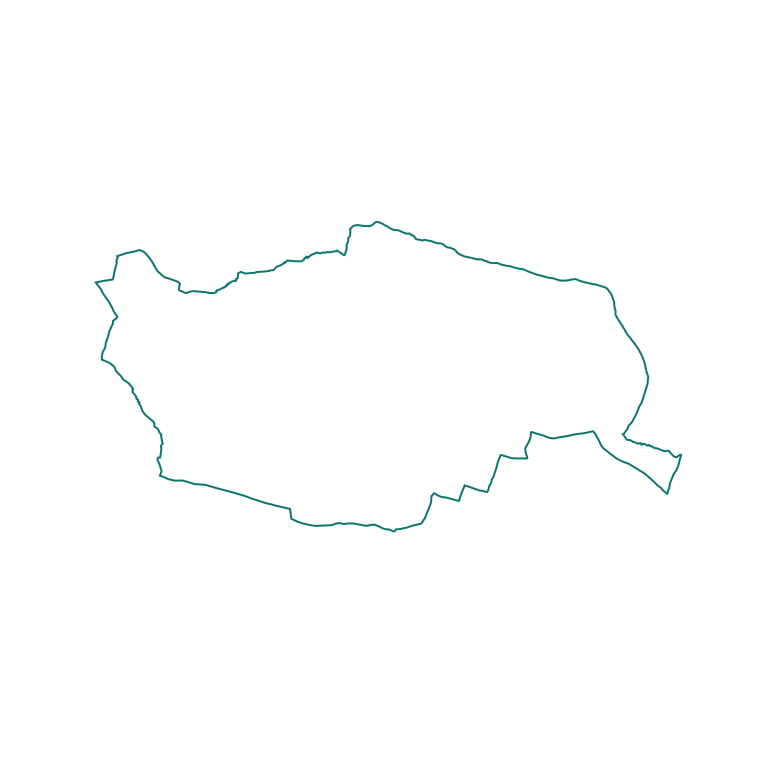 Meru, Arusha, United Republic of Tanzania, rotated 107°
{"feature_id": "72390352B99598192663387", "entity_name": "Meru", "entity_type": "district", "adm_level": 2, "iso_a3": "TZA", "parent_name": "United Republic of Tanzania", "parent_adm1": "Arusha", "projection": "robinson", "projection_center": [36.903, -3.323], "detail": "fine", "context": "isolated", "style": "outline", "palette": "teal", "viewbox_px": 768, "rotation_deg": 107, "n_neighbors": 0, "source": "geoboundaries", "source_scale": "gbopen_adm2", "svg_char_len": 6127}
<svg xmlns="http://www.w3.org/2000/svg" viewBox="0 0 768 768"><g transform="rotate(107 384 384)"><path d="M339.7,676.4L339.9,675.7L344.1,676.0L347.0,674.8L353.5,674.8L359.5,674.1L363.4,674.0L368.0,683.6L371.2,689.3L376.3,682.1L378.5,680.3L382.2,675.9L386.3,670.6L390.9,666.0L393.6,663.7L397.7,658.7L399.7,659.3L402.8,661.6L406.1,660.9L406.3,661.1L414.6,662.1L417.3,661.8L426.5,662.0L429.9,661.3L432.1,661.5L435.2,662.3L439.1,662.1L443.1,661.1L444.1,652.6L445.5,648.9L446.4,647.0L450.0,643.9L450.9,642.3L451.2,642.2L452.9,638.5L456.0,634.5L458.1,628.0L459.6,626.2L460.0,625.0L460.9,623.9L461.8,623.4L461.5,623.1L462.0,622.5L465.2,622.2L468.2,617.7L468.9,617.2L469.0,616.8L470.0,616.8L470.7,616.1L470.7,615.2L471.2,614.4L472.6,614.4L473.0,612.6L474.7,612.6L475.2,611.4L477.0,609.4L478.2,609.0L481.0,606.5L483.2,603.3L487.4,593.7L488.2,592.6L489.9,591.6L490.8,591.6L491.8,591.0L492.2,590.4L492.3,589.2L493.1,587.0L496.0,584.5L496.7,583.6L497.3,582.3L498.6,582.1L504.1,579.3L505.5,578.2L507.8,579.1L509.6,578.8L510.1,578.3L511.8,577.8L519.7,576.5L520.4,578.5L522.0,578.7L523.2,578.1L527.5,574.4L529.7,573.1L531.4,571.7L532.9,571.2L537.2,571.5L537.2,569.0L538.0,562.6L537.6,556.0L535.3,548.7L535.0,544.0L535.1,535.8L532.6,525.0L532.6,516.5L531.8,494.7L531.8,483.3L532.2,477.5L532.5,462.6L532.1,457.2L532.0,452.6L531.0,437.3L539.9,433.2L541.0,426.5L541.1,423.4L541.0,419.3L540.3,411.2L539.5,407.3L534.6,393.6L533.6,391.8L531.6,389.2L530.7,387.5L529.8,384.2L529.7,381.4L527.8,377.5L526.1,371.4L525.1,361.3L524.7,359.2L522.1,354.2L521.3,351.9L521.7,346.7L522.3,343.8L522.5,340.7L521.7,336.7L522.1,332.0L522.0,331.0L521.2,330.4L519.6,330.2L517.7,325.4L516.3,323.4L514.9,320.6L510.9,315.0L507.5,308.9L506.5,307.5L499.9,305.6L494.2,305.3L491.0,304.7L489.1,304.8L485.6,304.4L482.7,304.5L477.2,305.9L476.0,305.0L474.0,304.4L473.8,303.3L474.8,300.4L475.2,296.1L474.4,291.6L474.0,278.3L473.5,278.1L468.1,278.1L457.4,277.2L457.4,272.7L457.9,261.9L457.4,258.4L457.4,255.1L457.2,253.9L456.8,253.5L454.3,253.3L450.9,253.6L447.0,252.6L444.0,253.0L440.6,252.2L431.0,252.0L426.6,252.3L418.0,251.8L417.6,251.0L417.6,240.4L416.0,233.9L414.6,229.8L413.7,226.2L413.1,225.3L411.6,226.0L408.9,228.0L404.8,230.0L403.4,230.0L397.6,228.7L393.9,228.2L391.7,228.3L387.4,229.2L386.9,229.0L386.7,227.7L386.8,223.8L386.7,215.7L387.0,214.0L387.1,210.0L386.4,205.5L384.7,202.6L380.2,193.5L376.8,187.7L372.5,178.2L368.2,170.5L368.3,169.9L370.2,167.0L371.7,165.8L374.6,162.5L378.9,158.7L380.2,157.1L380.8,156.4L382.3,153.1L387.1,140.3L388.4,133.6L388.8,126.3L393.5,108.3L398.9,96.5L400.9,92.8L402.2,89.2L404.6,85.1L406.2,81.1L405.8,81.0L401.7,81.1L400.6,80.8L395.4,81.5L386.1,80.7L381.0,79.2L379.1,79.2L378.0,78.8L376.3,78.7L370.2,79.0L365.4,79.0L365.0,79.2L365.1,79.8L365.8,80.8L368.4,82.7L368.6,83.4L368.6,85.4L366.2,89.9L364.7,91.8L365.0,93.4L366.0,95.2L366.3,96.7L365.7,103.2L366.1,106.6L365.3,110.1L365.7,111.1L365.5,111.9L364.8,112.6L365.9,114.4L365.5,115.2L365.2,118.2L365.5,118.8L366.8,119.5L366.8,120.1L365.9,120.7L365.6,121.2L365.6,121.9L366.2,122.5L366.8,123.6L366.4,127.0L366.6,128.9L365.8,131.2L365.8,132.8L366.3,134.8L366.1,135.6L365.7,136.5L362.7,139.8L362.2,140.9L361.5,140.1L356.2,138.2L355.2,138.0L352.4,138.0L350.1,136.6L346.9,135.4L345.1,135.2L342.4,134.5L336.7,133.7L330.8,133.3L326.3,132.1L306.6,132.0L303.2,132.9L301.0,133.1L299.8,133.5L295.1,136.8L287.9,140.8L283.6,143.9L281.6,145.7L276.7,150.4L273.4,154.4L268.4,161.4L267.2,162.7L266.5,164.3L263.4,168.3L262.2,169.2L260.1,171.8L258.8,172.9L252.6,180.4L249.7,183.1L246.1,184.0L245.2,185.0L242.8,186.0L240.7,187.2L239.6,187.3L238.5,187.9L234.6,190.6L231.2,193.4L230.5,194.2L229.8,195.7L228.9,196.5L227.6,198.4L227.1,199.9L226.9,202.6L227.0,205.3L226.9,209.7L226.9,211.4L227.3,212.2L228.0,221.6L228.1,226.8L227.7,230.2L227.8,231.9L229.8,236.3L230.6,237.2L232.7,242.4L233.4,245.4L233.6,247.1L233.5,253.4L234.2,256.8L234.7,270.0L234.3,278.5L233.7,282.9L233.7,285.2L234.3,288.6L234.6,295.7L234.4,297.6L235.1,301.3L235.5,306.7L235.2,311.4L236.7,315.5L237.0,318.5L236.9,320.6L236.5,322.1L236.7,324.2L236.3,327.3L237.3,330.4L237.7,333.3L237.8,337.2L238.5,344.5L238.0,348.8L237.3,351.5L236.9,352.8L235.8,353.8L234.7,356.8L234.4,360.0L234.8,363.4L234.5,364.9L233.6,367.1L232.9,369.8L233.0,371.3L233.7,373.3L233.8,374.9L233.8,378.7L233.4,380.3L233.9,381.6L234.0,385.2L234.4,387.7L234.8,388.4L235.7,389.2L235.5,391.3L236.0,393.7L236.0,396.0L235.1,396.8L233.8,398.8L233.5,399.7L233.5,401.5L232.7,403.7L233.0,405.0L233.6,406.2L233.6,409.0L232.8,415.2L233.9,419.9L233.5,423.0L232.2,427.3L231.9,430.0L231.4,431.2L230.8,435.5L231.0,438.0L232.1,439.7L235.9,442.0L237.4,444.2L238.7,449.2L239.8,456.1L241.2,458.7L242.2,459.8L243.6,460.6L246.0,461.8L246.3,461.3L247.0,461.0L252.0,459.8L254.7,460.8L255.7,460.8L257.2,460.0L262.9,460.4L264.2,459.5L265.2,459.3L270.9,459.2L271.8,459.3L272.4,459.7L272.4,460.5L271.1,464.3L270.3,468.0L270.6,468.0L272.7,472.2L273.8,473.9L274.2,475.4L274.2,476.6L275.4,478.1L276.3,481.3L277.7,482.9L278.1,487.2L279.6,488.5L281.9,491.4L285.9,493.9L285.7,494.5L284.8,494.7L284.9,495.3L287.1,496.7L288.1,496.7L288.1,497.0L289.9,497.9L291.0,499.4L292.8,505.8L294.1,512.4L296.2,513.6L296.5,514.6L297.4,514.4L298.1,515.5L299.4,516.3L302.1,519.2L303.3,521.1L307.1,522.7L307.8,523.8L308.1,525.1L309.5,526.9L309.7,527.8L310.6,529.2L314.0,538.1L315.9,541.0L316.6,543.4L318.6,548.1L318.9,549.1L318.7,552.1L318.7,553.8L320.8,555.8L325.4,554.8L326.1,555.2L326.3,555.9L326.9,556.2L327.8,555.8L328.9,555.9L329.0,557.3L331.6,560.7L332.7,561.0L333.5,562.5L334.2,563.0L334.8,562.9L334.9,562.5L336.1,563.6L336.5,563.4L337.0,563.6L337.7,564.9L338.7,565.2L339.6,566.9L340.5,567.3L342.0,569.4L342.7,570.0L343.1,571.0L343.7,571.5L344.4,571.5L344.8,571.2L345.6,571.6L346.8,573.4L347.2,575.1L348.0,577.1L348.3,581.2L350.6,592.2L351.2,594.1L352.2,596.0L355.0,600.2L354.8,602.9L354.4,603.9L354.2,607.4L351.3,608.3L348.3,608.3L347.1,609.4L346.4,611.9L346.0,621.9L346.2,624.5L345.0,627.7L342.1,633.9L339.6,636.7L338.4,637.6L337.4,639.1L336.0,640.2L331.9,645.3L331.1,646.8L329.1,649.4L327.9,652.3L327.3,656.4L327.5,657.1L330.7,662.2L334.2,668.7L339.7,676.4Z" fill="none" stroke="#0f766e" stroke-width="2"/></g></svg>